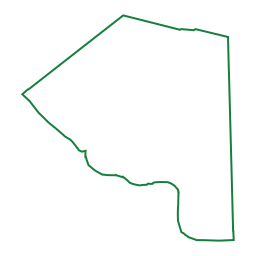 the district of Beitbridge Urban, Matabeleland South, Zimbabwe
{"feature_id": "62879985B8135663934724", "entity_name": "Beitbridge Urban", "entity_type": "district", "adm_level": 2, "iso_a3": "ZWE", "parent_name": "Zimbabwe", "parent_adm1": "Matabeleland South", "projection": "equal_earth", "projection_center": [30.001, -22.204], "detail": "fine", "context": "isolated", "style": "outline", "palette": "green", "viewbox_px": 256, "rotation_deg": 0, "n_neighbors": 0, "source": "geoboundaries", "source_scale": "gbopen_adm2", "svg_char_len": 1283}
<svg xmlns="http://www.w3.org/2000/svg" viewBox="0 0 256 256"><path d="M27.7,89.5L22.3,94.3L29.7,101.2L38.5,112.6L48.2,122.2L51.3,124.8L55.2,127.9L60.5,132.5L63.4,134.9L64.5,136.1L67.3,137.9L70.5,139.8L72.9,142.3L74.9,144.9L77.4,148.1L77.8,148.3L78.8,150.2L81.9,151.7L85.5,150.8L85.4,154.4L85.4,156.1L85.6,155.9L86.6,159.6L88.5,165.1L94.7,170.3L102.4,174.7L102.8,174.5L106.9,175.1L116.0,175.3L116.0,175.1L123.5,177.5L123.5,177.2L127.4,180.4L130.0,182.9L133.6,184.2L139.4,185.4L143.5,184.9L146.8,184.8L147.8,183.7L152.0,183.9L152.5,183.8L153.2,182.8L155.2,182.3L161.1,182.0L167.9,182.2L171.6,183.7L172.9,184.7L174.4,185.6L178.1,189.8L178.2,190.3L178.1,190.2L178.5,193.7L178.5,194.9L178.4,195.5L178.4,196.0L178.2,204.3L178.2,205.4L178.2,205.8L178.1,206.1L178.1,206.5L178.0,207.0L177.8,213.4L177.8,214.1L177.9,214.6L177.8,215.0L178.0,220.4L178.2,221.5L181.4,232.2L183.6,233.3L185.4,235.0L187.2,236.1L188.6,237.3L189.0,237.3L196.7,240.1L198.9,240.1L200.7,240.1L201.7,240.1L217.4,240.6L220.1,240.6L220.6,240.6L231.9,240.1L232.3,240.1L233.7,240.0L233.3,230.8L233.1,230.8L231.6,172.5L229.0,75.0L228.5,57.8L228.0,37.0L195.4,29.1L193.9,30.2L181.1,29.1L180.2,29.7L179.7,29.7L123.5,15.5L123.3,15.4L123.2,15.4L80.4,48.8L28.5,89.4L27.7,89.5Z" fill="none" stroke="#15803d" stroke-width="2"/></svg>